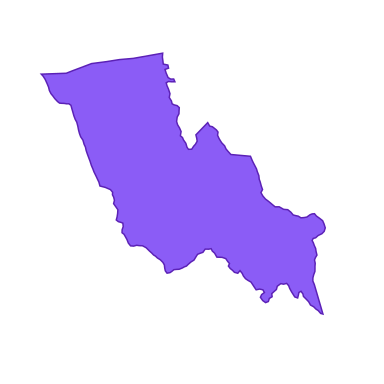 outline of Jussiape, Bahia, Brazil, rotated 168°
{"feature_id": "56859067B44005260140966", "entity_name": "Jussiape", "entity_type": "district", "adm_level": 2, "iso_a3": "BRA", "parent_name": "Brazil", "parent_adm1": "Bahia", "projection": "natural_earth1", "projection_center": [-41.617, -13.496], "detail": "fine", "context": "isolated", "style": "filled", "palette": "violet", "viewbox_px": 384, "rotation_deg": 168, "n_neighbors": 0, "source": "geoboundaries", "source_scale": "gbopen_adm2", "svg_char_len": 3353}
<svg xmlns="http://www.w3.org/2000/svg" viewBox="0 0 384 384"><g transform="rotate(168 192 192)"><path d="M89.3,45.4L91.6,76.1L92.3,79.8L91.6,82.9L90.1,85.9L88.3,88.7L87.7,91.2L87.2,93.6L86.3,96.7L86.3,100.1L84.8,102.3L82.9,104.3L83.0,108.2L82.8,111.1L83.5,114.2L83.9,117.2L84.6,119.5L83.1,121.4L80.6,121.5L77.7,123.2L73.6,124.2L70.9,126.0L69.1,129.2L69.5,133.4L70.2,136.8L72.8,139.9L75.3,142.6L76.7,145.3L79.1,145.6L81.3,145.2L84.9,143.6L87.7,143.7L90.8,144.1L93.1,146.3L95.4,147.3L97.8,148.5L99.5,151.7L102.0,154.8L106.0,156.0L109.8,159.4L113.8,160.2L116.7,163.9L119.3,167.2L121.6,169.8L123.5,173.3L124.7,177.1L122.5,179.7L123.0,183.6L123.2,187.7L123.6,190.5L123.2,194.1L123.9,198.4L124.1,201.2L125.1,204.8L126.1,208.4L126.7,211.1L127.4,214.8L146.2,220.6L148.4,224.4L149.8,227.1L150.5,230.4L152.7,233.9L153.6,236.3L154.4,238.6L155.2,242.2L154.1,245.2L155.2,247.6L156.8,249.6L158.5,251.6L161.0,252.8L162.2,256.6L176.3,247.1L176.2,243.5L176.4,240.6L178.7,238.0L180.9,236.4L183.4,233.9L186.6,234.5L187.6,236.9L187.9,240.9L189.5,244.7L190.0,247.3L191.7,249.4L190.1,253.4L190.9,257.3L192.1,260.7L192.4,264.2L190.9,268.4L188.5,271.2L187.7,274.4L186.9,277.2L188.6,279.6L191.3,280.9L193.1,282.4L193.2,285.3L194.6,289.2L193.1,292.7L193.6,297.5L194.4,301.4L194.5,304.2L192.1,305.0L188.9,304.0L185.8,303.4L186.4,306.3L189.4,306.9L191.6,308.9L192.6,314.0L192.9,317.5L189.2,318.0L189.2,321.2L193.5,323.1L193.2,326.5L192.9,330.2L191.8,333.9L221.6,334.9L235.4,336.6L248.6,337.3L263.5,338.5L280.5,335.9L283.8,335.4L290.3,334.3L314.9,338.6L313.5,336.2L312.2,332.7L311.2,328.2L310.5,324.4L310.4,320.9L309.5,317.5L308.1,314.8L306.8,311.9L304.7,308.4L303.1,306.5L300.9,305.8L298.8,305.3L296.2,304.3L294.1,303.9L292.4,302.0L292.2,298.6L291.9,294.4L291.7,291.1L291.1,287.2L290.2,284.3L290.0,280.0L290.1,276.2L289.9,272.5L289.4,269.1L287.9,265.4L287.6,261.0L286.9,258.1L286.9,254.6L286.5,251.2L285.9,247.1L285.3,243.1L284.9,238.9L284.2,235.4L283.7,232.1L282.4,226.9L281.6,223.4L281.0,221.0L280.8,217.0L275.8,214.5L271.3,211.3L269.7,208.3L270.4,205.8L269.7,203.3L269.6,200.0L271.1,196.9L269.6,193.4L268.2,190.1L269.2,186.5L270.5,183.1L271.9,180.4L270.2,178.3L267.9,177.1L266.1,175.9L266.5,172.4L268.2,169.6L268.9,166.7L267.3,164.8L266.5,162.3L265.5,159.0L264.9,155.3L263.3,152.1L260.3,151.2L257.2,151.4L254.8,150.5L251.6,149.7L248.4,147.0L245.8,143.0L244.1,140.7L242.7,138.4L241.0,136.8L239.6,134.7L237.1,132.3L235.1,129.2L234.2,126.4L234.5,123.4L234.5,120.4L233.3,117.8L230.3,117.7L228.3,118.5L225.9,119.8L223.1,119.5L220.6,119.1L217.2,119.7L215.0,120.4L212.8,120.7L210.8,122.0L207.5,123.8L204.2,125.0L201.4,128.0L199.5,129.9L196.6,130.4L193.9,130.7L191.0,133.4L187.5,132.6L185.1,132.6L184.4,130.0L182.6,127.5L181.2,123.1L176.1,121.8L172.8,119.8L171.5,116.6L170.2,114.2L171.8,112.0L170.5,109.2L168.6,106.9L167.2,104.6L164.1,103.0L161.4,105.1L159.8,101.9L159.2,99.2L157.7,96.1L155.6,93.9L153.0,91.6L151.9,88.8L150.7,85.7L149.6,83.0L146.1,83.0L143.0,81.6L142.1,78.6L145.2,77.2L147.0,74.8L145.4,71.1L143.0,68.5L140.1,69.0L138.5,71.8L135.4,72.9L135.1,76.0L132.0,77.8L129.7,79.1L128.2,82.1L124.2,83.9L121.6,82.8L118.4,82.9L116.9,80.2L116.5,77.4L115.4,73.7L113.3,68.0L110.7,66.4L109.5,68.8L108.3,71.5L106.0,72.2L104.7,69.2L104.7,66.7L102.8,63.8L100.7,60.4L99.6,56.8L96.9,54.5L95.1,51.7L93.2,49.8L91.4,46.5L89.3,45.4Z" fill="#8b5cf6" stroke="#5b21b6" stroke-width="1.5"/></g></svg>